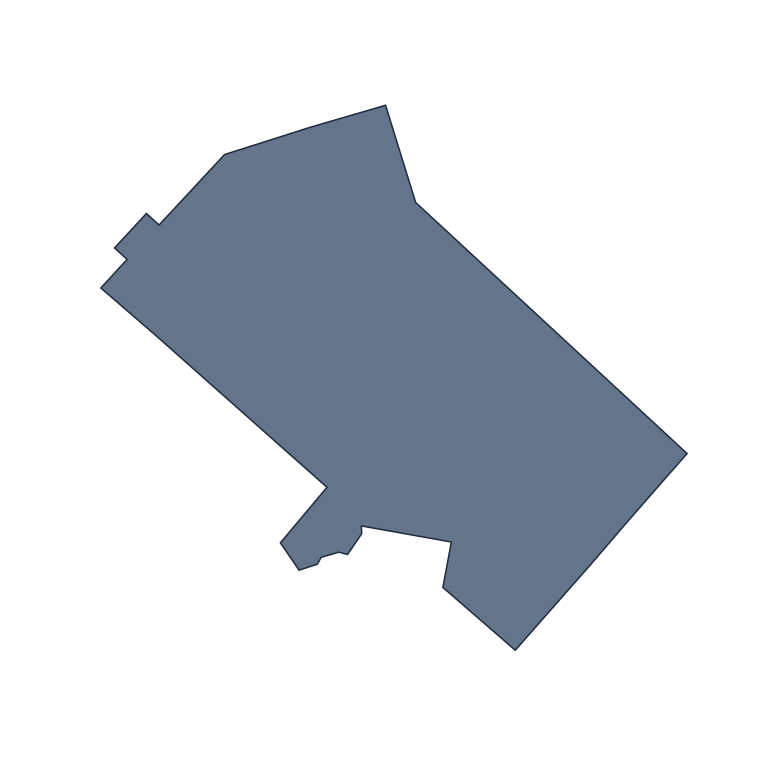 Hamilton, New York, United States of America, rotated 138°
{"feature_id": "52423323B65561543584618", "entity_name": "Hamilton", "entity_type": "district", "adm_level": 2, "iso_a3": "USA", "parent_name": "United States of America", "parent_adm1": "New York", "projection": "orthographic", "projection_center": [-74.36, 43.668], "detail": "fine", "context": "isolated", "style": "filled", "palette": "slate", "viewbox_px": 768, "rotation_deg": 138, "n_neighbors": 0, "source": "geoboundaries", "source_scale": "gbopen_adm2", "svg_char_len": 494}
<svg xmlns="http://www.w3.org/2000/svg" viewBox="0 0 768 768"><g transform="rotate(138 384 384)"><path d="M349.9,111.7L298.2,118.4L244.3,124.9L205.3,129.5L239.0,497.7L196.3,590.1L267.3,624.3L348.9,661.2L444.7,652.7L446.5,669.7L493.2,665.4L491.6,648.5L530.2,644.8L520.9,570.7L495.5,345.4L567.3,335.3L571.7,302.5L554.1,294.7L546.7,297.2L530.0,289.2L525.2,281.7L500.8,287.6L495.8,293.6L439.7,221.5L476.4,193.4L464.6,98.3L349.9,111.7Z" fill="#64748b" stroke="#1e293b" stroke-width="1.5"/></g></svg>